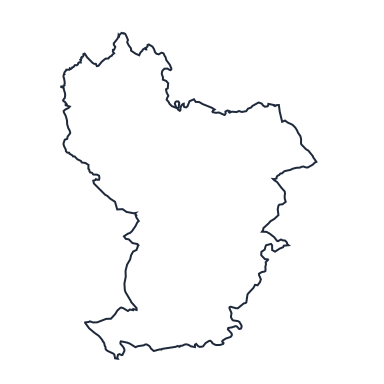 the district of Godeanu, Mehedinti, Romania, rotated 177°
{"feature_id": "2599482B82474731050833", "entity_name": "Godeanu", "entity_type": "district", "adm_level": 2, "iso_a3": "ROU", "parent_name": "Romania", "parent_adm1": "Mehedinti", "projection": "albers", "projection_center": [22.605, 44.8], "detail": "fine", "context": "isolated", "style": "outline", "palette": "slate", "viewbox_px": 384, "rotation_deg": 177, "n_neighbors": 0, "source": "geoboundaries", "source_scale": "gbopen_adm2", "svg_char_len": 5999}
<svg xmlns="http://www.w3.org/2000/svg" viewBox="0 0 384 384"><g transform="rotate(177 192 192)"><path d="M277.5,29.9L274.8,29.4L275.2,30.3L275.2,31.0L274.4,33.3L273.0,33.9L270.7,32.8L270.0,32.9L267.8,36.9L267.8,38.5L268.7,40.7L271.4,44.2L271.3,45.8L270.8,46.6L264.7,45.0L262.0,43.8L256.6,40.0L253.9,40.9L248.3,41.4L246.6,42.2L245.1,42.1L242.9,40.6L241.8,39.2L241.3,37.9L238.5,35.2L232.1,36.6L230.8,36.2L230.1,36.9L216.7,38.2L214.3,39.0L212.9,38.1L212.2,38.3L211.9,39.0L209.7,39.0L207.6,40.0L205.6,40.2L203.4,39.5L201.3,38.0L197.2,37.0L197.0,39.4L195.8,40.1L193.9,37.7L192.3,36.9L189.8,37.1L188.9,37.4L186.4,40.4L182.7,42.4L181.5,42.5L180.1,41.3L179.5,39.9L177.2,38.4L175.8,37.9L171.7,37.8L168.8,38.7L168.4,39.6L169.7,41.0L169.2,42.0L165.9,43.9L161.1,45.2L159.9,46.5L159.6,47.7L160.0,48.9L163.4,53.0L162.9,54.3L158.9,54.8L155.6,55.8L154.3,55.4L152.0,52.7L150.2,53.1L149.6,54.5L149.5,56.0L151.5,59.8L153.0,60.7L157.6,61.6L158.5,62.4L159.7,65.1L158.9,69.0L160.6,73.7L160.7,74.5L160.4,75.1L159.4,75.4L154.4,73.7L152.3,73.5L146.2,78.0L144.3,78.3L143.5,79.0L142.0,86.6L141.4,87.5L135.6,93.1L133.9,96.0L131.4,95.4L128.8,98.5L127.8,101.2L129.5,105.8L129.4,106.9L126.2,108.5L124.3,108.6L122.9,109.2L122.6,110.9L122.7,113.2L121.9,116.1L122.1,118.0L119.6,120.3L119.9,120.8L122.6,121.1L126.0,125.0L126.2,125.7L125.8,128.6L122.4,130.7L121.5,133.6L120.7,135.0L115.8,136.0L114.8,134.5L115.0,129.9L112.2,128.1L107.4,130.9L103.9,132.1L103.1,133.6L98.4,133.8L99.5,134.8L99.9,136.6L101.5,138.6L104.0,139.0L105.6,139.9L108.7,138.4L109.6,138.7L112.2,142.5L116.4,146.2L119.7,148.3L124.2,148.7L123.0,150.2L122.6,152.2L117.3,156.5L115.2,158.7L111.2,160.8L106.9,164.4L107.3,170.4L106.3,174.0L105.4,174.8L102.2,175.0L98.9,177.3L99.7,180.2L99.7,183.3L99.2,185.3L99.4,187.7L102.7,191.8L106.5,197.5L109.3,199.5L110.3,200.7L109.2,200.5L106.9,201.1L106.6,202.7L105.8,203.7L104.1,204.4L102.8,205.8L101.1,205.9L99.3,207.5L97.9,208.1L92.8,208.9L90.1,210.0L86.6,210.7L82.9,210.7L81.3,211.4L79.3,211.6L77.0,210.6L75.2,210.4L70.1,212.9L68.1,214.7L66.2,215.6L69.2,220.4L69.4,221.4L73.7,227.3L75.9,228.7L80.3,233.8L80.6,234.7L80.3,238.9L80.8,242.0L82.9,245.4L84.0,248.3L85.6,251.1L88.3,254.0L92.9,256.4L95.4,258.5L98.3,257.4L100.2,267.7L100.7,274.3L103.0,274.3L104.6,273.4L105.6,274.0L105.4,274.5L111.1,276.0L111.4,274.3L112.4,273.5L114.9,273.4L116.6,274.8L117.7,276.6L120.8,277.9L127.1,274.8L128.7,273.2L131.7,272.3L133.6,269.9L138.0,269.3L140.9,270.4L143.2,269.5L147.9,270.1L150.3,269.3L150.7,269.6L149.9,270.4L150.1,270.8L152.4,271.5L154.4,270.6L154.3,268.7L155.2,267.3L155.6,267.2L161.0,270.0L163.9,269.8L167.1,270.6L167.4,271.2L166.6,272.4L165.1,273.2L167.8,275.1L176.7,279.2L180.0,281.4L183.6,281.8L185.2,284.5L189.7,282.8L192.0,277.8L193.4,276.8L195.2,277.2L195.7,278.2L195.6,280.6L196.4,280.4L198.0,279.1L199.1,276.6L199.2,274.5L199.9,273.7L201.6,275.0L202.4,276.6L201.2,277.0L200.7,278.2L200.1,281.8L200.8,283.1L202.6,283.3L203.6,282.9L204.2,282.0L204.5,280.9L203.5,277.8L203.7,277.0L207.6,278.8L209.7,281.1L210.9,283.6L212.5,285.4L212.0,287.0L210.6,289.3L212.1,292.6L212.6,295.9L210.8,296.8L210.1,301.8L212.0,304.3L215.2,305.7L215.0,308.0L216.0,311.4L215.7,313.5L215.0,314.9L213.0,316.6L210.1,316.5L207.4,314.8L206.3,315.4L206.2,316.6L207.5,320.2L210.7,325.0L211.4,328.1L212.3,329.5L212.9,331.4L213.6,332.2L215.2,332.7L218.0,331.2L220.2,331.9L221.5,333.4L222.5,336.7L223.8,339.2L227.4,341.6L228.7,341.1L228.8,339.6L230.3,338.5L230.2,336.8L230.8,336.9L231.4,338.1L233.7,336.8L234.1,335.8L236.2,334.0L237.6,331.3L241.0,333.0L245.5,336.4L245.3,337.9L245.6,338.9L247.5,341.7L248.9,344.9L248.0,347.2L249.2,350.6L250.4,353.4L251.8,354.2L252.3,353.8L253.9,354.6L256.2,352.8L256.6,351.6L257.1,352.5L257.3,351.2L258.7,348.6L262.3,344.6L262.4,343.1L261.0,340.9L262.3,338.2L263.5,338.1L263.7,336.4L262.5,334.6L264.4,333.3L264.7,332.5L267.2,331.2L268.5,329.7L271.4,329.7L275.2,326.9L278.8,322.9L280.5,322.7L281.3,325.0L282.9,325.1L284.4,326.0L289.7,332.0L291.8,335.7L292.2,335.9L293.3,335.3L293.2,334.2L293.7,333.0L295.3,332.4L295.6,332.0L295.3,331.1L296.5,330.1L295.9,329.4L296.5,328.6L296.3,327.2L298.1,327.3L298.7,326.9L299.3,325.4L300.4,324.6L302.3,324.8L303.9,322.9L305.0,322.8L305.4,322.0L306.7,321.1L307.5,321.9L308.3,320.5L311.2,320.7L311.4,320.0L313.0,318.3L313.5,316.9L313.2,316.3L313.9,315.9L314.2,314.8L314.3,313.4L313.9,312.6L313.4,308.4L313.4,307.1L313.9,306.0L313.7,305.2L314.7,304.4L317.1,304.2L317.2,303.8L314.7,302.6L314.5,300.7L313.6,297.0L313.6,295.0L314.1,292.7L315.9,290.5L315.9,290.0L315.3,289.2L314.4,288.9L312.6,286.3L312.5,286.0L313.6,286.0L313.6,285.3L309.6,283.7L311.0,282.3L313.8,281.2L315.9,279.7L315.8,278.3L314.0,274.3L313.1,270.0L313.1,266.1L312.2,262.3L311.0,259.8L310.5,257.7L310.7,256.9L313.3,253.9L313.9,251.6L316.3,250.9L317.7,247.5L317.8,246.4L317.3,244.3L315.8,240.9L315.8,239.4L314.6,237.9L312.6,237.6L312.4,236.7L309.5,234.8L308.9,233.7L307.3,233.6L304.8,230.7L301.3,228.8L300.6,227.3L296.8,226.5L293.9,224.4L294.3,220.6L293.5,219.8L293.3,218.1L292.7,216.9L291.0,216.5L289.6,214.6L286.0,214.3L284.0,213.2L283.7,210.9L284.2,209.1L286.0,209.2L287.3,209.9L287.8,209.0L290.0,208.5L289.5,205.6L278.8,193.7L276.7,192.5L273.9,189.5L269.4,186.3L267.6,178.5L262.2,178.5L258.4,175.5L251.2,173.8L249.6,174.0L250.0,173.7L249.0,171.9L249.5,171.8L248.8,169.3L246.7,165.8L248.2,164.5L250.2,160.9L254.0,156.0L256.1,154.3L258.3,153.7L262.3,151.3L260.6,148.7L257.6,148.0L254.1,144.1L249.2,142.9L248.3,141.6L249.1,140.9L249.0,140.3L250.5,137.0L253.9,135.6L256.1,132.1L257.3,127.9L260.6,122.9L262.5,116.7L262.6,110.8L264.3,104.1L264.2,97.5L263.6,95.4L258.7,86.1L258.5,85.3L253.4,78.9L253.5,77.1L256.8,78.2L257.0,77.1L260.3,77.9L262.2,76.5L266.6,79.5L268.6,80.3L269.5,80.1L272.7,77.6L275.1,74.1L279.6,69.7L284.3,69.8L293.5,66.8L297.6,66.9L300.8,68.2L301.9,67.6L305.5,67.4L305.6,67.0L301.9,61.3L296.8,56.5L292.8,53.4L291.2,51.5L289.0,48.3L288.9,47.4L288.1,46.7L287.5,45.2L287.2,43.1L286.5,41.7L286.5,39.8L286.1,39.0L284.6,37.7L279.0,34.7L278.1,33.8L277.5,29.9Z" fill="none" stroke="#1e293b" stroke-width="2"/></g></svg>